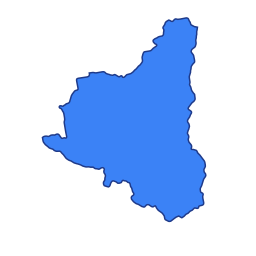 Santa Cruz del Seybo, El Seybo, Dominican Republic (orthographic projection), rotated 80°
{"feature_id": "3306468B51823501845904", "entity_name": "Santa Cruz del Seybo", "entity_type": "district", "adm_level": 2, "iso_a3": "DOM", "parent_name": "Dominican Republic", "parent_adm1": "El Seybo", "projection": "orthographic", "projection_center": [-69.057, 18.747], "detail": "fine", "context": "isolated", "style": "filled", "palette": "blue", "viewbox_px": 256, "rotation_deg": 80, "n_neighbors": 0, "source": "geoboundaries", "source_scale": "gbopen_adm2", "svg_char_len": 5745}
<svg xmlns="http://www.w3.org/2000/svg" viewBox="0 0 256 256"><g transform="rotate(80 128 128)"><path d="M106.4,56.6L104.8,57.6L102.3,58.7L101.4,58.9L98.5,59.1L96.4,59.8L95.7,59.8L94.3,59.2L93.5,59.0L89.4,58.9L88.3,58.8L87.5,58.5L84.1,56.8L82.3,56.4L80.7,55.7L79.2,55.3L78.4,55.0L77.1,53.9L75.9,52.6L75.0,51.3L74.4,50.9L72.7,50.7L68.2,50.8L67.3,51.0L64.3,52.5L63.6,52.5L62.8,52.2L61.8,51.6L60.7,49.7L60.2,48.6L59.6,47.8L59.0,47.4L57.2,46.5L56.1,46.2L53.7,46.1L52.9,45.9L51.0,45.1L49.2,44.7L47.8,44.1L44.9,43.6L43.3,42.9L40.8,42.1L40.4,43.1L39.7,45.0L37.4,47.9L36.8,48.2L34.7,48.4L33.1,49.1L31.3,49.5L30.6,49.8L30.0,50.6L29.8,51.1L29.7,52.0L29.8,57.4L29.7,59.5L29.5,60.6L28.9,61.9L28.9,62.4L29.0,62.9L29.2,63.4L30.5,65.1L30.7,65.6L30.7,66.1L30.4,66.9L29.2,68.3L28.8,69.2L29.8,71.8L30.3,72.4L31.0,73.1L32.4,73.8L34.8,76.0L35.2,76.1L35.7,76.2L37.2,75.7L38.5,75.8L40.1,76.4L41.9,76.8L42.3,77.1L42.7,77.4L43.2,78.0L43.3,78.5L43.4,81.3L43.6,82.4L44.2,83.7L44.8,86.0L45.6,87.5L45.9,87.9L46.3,88.1L46.8,88.2L47.9,88.0L49.7,86.9L50.4,85.8L50.9,85.4L51.3,85.3L51.5,85.3L52.1,85.7L52.3,86.0L53.8,89.2L55.3,91.3L55.7,92.0L55.9,93.4L55.8,98.1L55.9,98.9L56.2,99.3L56.5,99.6L57.9,100.5L60.5,101.7L61.3,101.9L64.2,102.0L65.1,102.3L65.8,102.8L67.4,104.5L68.0,105.2L68.9,106.9L71.2,109.6L72.1,111.3L73.6,113.2L74.8,115.5L75.0,116.6L75.2,119.0L75.3,119.9L75.7,120.6L77.0,122.4L77.3,123.1L77.3,123.9L77.0,124.5L76.6,124.7L75.7,125.0L75.5,125.3L75.4,125.9L76.0,127.4L75.9,128.1L75.5,128.8L73.7,130.8L73.1,131.7L73.1,132.4L73.4,133.7L73.4,134.1L72.7,136.1L71.9,137.4L71.4,138.6L70.4,140.2L68.9,141.3L68.4,142.2L68.2,143.6L68.2,149.7L68.0,150.8L67.4,152.2L67.2,153.3L67.1,156.6L68.4,156.6L69.2,156.9L70.0,157.4L70.4,158.2L70.6,159.1L70.6,160.1L70.4,168.3L70.5,169.1L70.7,169.7L71.1,170.1L71.7,170.3L72.6,170.4L80.2,170.3L80.7,170.4L81.3,170.6L81.5,170.8L81.8,171.5L82.0,173.2L82.4,174.2L83.4,175.3L85.1,177.1L86.5,178.2L92.0,180.9L92.7,181.5L93.0,182.0L93.2,182.5L93.5,184.7L94.2,185.8L94.6,187.0L95.2,188.0L95.2,188.7L94.6,189.9L94.4,190.8L94.5,191.5L95.1,192.0L95.6,192.1L96.2,191.9L96.6,191.6L97.3,190.5L98.2,190.0L99.9,189.5L101.3,188.9L102.7,188.7L106.4,188.7L108.2,188.8L109.1,189.0L110.7,189.7L111.7,189.9L120.8,190.0L125.4,189.9L126.0,189.9L126.7,190.2L126.9,190.4L127.1,190.8L127.1,191.2L126.6,192.4L126.6,192.8L126.8,194.3L126.7,194.9L126.1,195.5L122.7,197.1L122.0,197.8L121.7,198.6L121.7,199.6L122.2,201.4L121.8,203.2L121.7,204.6L121.8,205.5L122.4,206.9L122.5,207.6L122.4,208.3L121.9,209.4L121.8,209.9L121.7,210.7L121.7,211.6L121.9,212.7L122.5,213.9L125.9,213.9L126.7,213.8L127.5,213.6L130.0,212.3L132.5,210.1L133.7,209.2L134.0,208.9L134.9,207.5L135.7,205.9L136.3,205.2L137.3,204.6L138.3,203.0L138.6,202.0L138.9,199.6L139.1,199.1L139.4,198.7L140.0,198.2L141.3,197.5L143.1,196.2L146.6,194.5L147.5,193.9L149.2,192.1L149.7,191.4L150.6,189.8L153.0,187.1L154.3,184.6L154.8,183.4L156.0,181.2L157.7,179.0L158.8,176.7L159.1,175.9L159.4,173.5L160.1,171.6L160.5,169.3L160.8,168.8L161.9,167.9L162.4,167.1L162.8,165.6L163.4,164.2L163.5,163.7L163.4,163.0L162.8,161.7L162.6,160.7L162.6,160.1L162.7,159.6L163.2,159.0L163.8,158.6L164.6,158.5L166.3,159.3L167.4,159.4L168.2,159.3L169.7,158.6L171.1,158.5L171.8,158.7L173.2,159.4L175.0,159.8L175.7,160.3L176.9,161.4L177.7,161.7L178.5,161.8L179.3,161.8L179.8,161.7L180.7,161.3L181.7,159.5L182.4,158.0L182.6,157.6L182.5,157.1L182.2,156.4L181.4,155.7L180.7,155.3L179.5,154.7L178.4,153.8L177.7,153.0L177.6,152.7L177.5,151.9L177.6,151.4L178.7,149.5L179.3,148.7L180.4,147.9L180.6,147.5L180.8,146.5L180.8,145.7L180.6,144.4L180.4,144.0L179.5,143.3L178.9,142.7L178.7,142.3L178.7,141.8L179.3,140.9L179.7,139.5L180.0,139.0L180.4,138.5L181.5,137.6L182.0,136.5L182.2,136.1L182.9,135.8L183.3,135.7L185.8,135.6L186.3,135.5L187.9,134.8L191.5,134.5L192.0,134.3L193.0,133.8L193.8,133.7L194.3,133.8L194.9,134.2L195.3,134.8L195.8,135.9L196.1,136.3L196.7,136.7L197.2,136.9L198.1,136.9L198.6,136.9L199.1,136.7L201.3,135.5L202.2,134.8L203.8,133.2L204.2,132.6L204.8,131.4L205.3,130.7L207.7,128.0L208.6,126.1L208.6,125.6L208.5,125.2L207.1,123.3L206.9,122.7L206.9,121.9L207.1,121.1L207.3,120.7L209.4,118.5L209.9,117.6L210.0,117.1L209.9,116.6L209.5,115.6L209.4,115.2L209.5,114.6L210.1,114.2L211.5,113.9L213.8,112.8L214.7,112.1L217.4,109.4L218.5,108.7L220.8,107.6L223.8,107.5L224.5,107.3L224.9,107.0L226.9,104.3L227.1,103.8L227.2,103.2L227.2,102.4L227.1,101.9L225.9,99.6L225.2,98.3L224.1,96.0L223.5,93.3L225.4,91.1L225.7,90.6L225.6,90.1L224.6,88.0L223.1,86.0L222.9,85.5L222.4,83.7L220.8,81.4L220.6,80.9L220.2,79.4L220.0,78.9L218.6,76.9L218.4,76.4L218.4,75.9L219.1,74.1L219.2,73.4L219.1,72.9L218.7,72.4L217.6,71.9L217.3,71.6L217.1,70.9L217.0,68.9L216.8,67.8L216.4,67.1L216.0,66.8L215.2,66.5L214.4,66.4L210.5,66.5L208.8,66.4L208.0,66.2L206.7,65.6L206.2,65.5L205.7,65.6L205.3,65.8L204.8,66.3L204.2,67.2L203.8,67.4L203.1,67.6L202.2,67.6L200.6,67.5L199.6,67.0L197.6,65.5L191.9,62.6L191.0,61.9L189.4,60.3L188.5,59.7L187.7,59.6L186.9,59.6L186.4,59.7L184.9,60.5L184.1,60.6L183.0,60.6L182.2,60.5L181.7,60.2L179.9,58.9L179.2,58.5L177.8,58.3L175.3,58.3L174.5,58.4L173.7,58.6L167.2,61.9L164.9,63.5L164.4,63.7L162.9,64.1L162.2,64.4L161.7,64.9L161.5,65.4L160.5,67.4L160.2,68.8L160.0,69.2L159.8,69.3L159.1,69.3L157.7,68.6L156.6,68.5L155.6,68.7L152.5,70.4L151.4,70.6L150.3,70.7L149.5,70.6L149.0,70.4L147.7,69.8L146.6,69.6L145.6,69.8L144.3,70.3L143.6,70.4L143.1,70.3L141.0,69.3L139.8,68.5L137.7,67.5L137.0,67.2L135.9,67.2L134.8,67.3L134.0,67.5L132.9,68.1L132.4,68.2L131.6,68.2L130.8,68.0L129.9,67.4L127.7,65.3L126.1,64.4L124.4,63.0L123.6,62.7L123.1,62.7L122.4,63.0L120.5,64.9L119.9,65.3L119.4,65.4L118.9,65.3L117.9,64.5L114.8,61.2L114.1,60.3L113.3,58.7L112.6,57.9L112.0,57.4L111.4,57.0L110.5,56.8L106.4,56.6Z" fill="#3b82f6" stroke="#1e3a8a" stroke-width="1.5"/></g></svg>